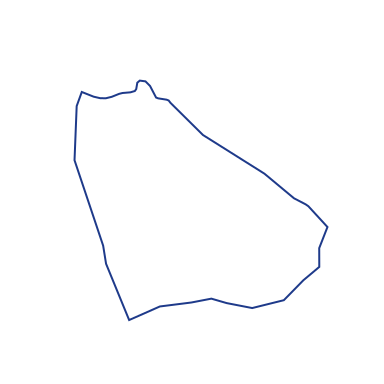 the border of Zinguldak, rotated 66°
{"feature_id": "TUR-3010", "entity_name": "Zinguldak", "entity_type": "Province", "adm_level": 1, "iso_a3": "TUR", "parent_name": "Turkey", "parent_adm1": "", "projection": "mercator", "projection_center": [31.729, 41.309], "detail": "fine", "context": "isolated", "style": "outline", "palette": "blue", "viewbox_px": 384, "rotation_deg": 66, "n_neighbors": 0, "source": "natural_earth", "source_scale": "10m", "svg_char_len": 633}
<svg xmlns="http://www.w3.org/2000/svg" viewBox="0 0 384 384"><g transform="rotate(66 192 192)"><path d="M55.8,252.0L64.9,243.1L68.9,237.8L71.3,232.7L72.4,226.6L72.7,218.6L73.3,215.2L75.9,207.7L76.5,203.2L75.3,201.1L69.9,197.5L69.0,194.4L72.0,189.5L78.1,187.2L91.1,186.4L92.7,184.8L97.3,177.7L98.9,176.1L101.8,175.4L144.4,158.8L204.7,118.4L239.2,101.4L249.5,93.2L252.3,91.5L279.1,82.5L295.0,98.6L312.2,106.2L317.9,126.1L328.2,152.1L322.5,184.2L307.6,205.5L297.3,217.7L292.7,237.5L283.5,267.9L283.4,301.5L222.6,299.7L204.9,295.0L184.1,293.0L115.2,286.4L66.6,262.4L55.8,252.0Z" fill="none" stroke="#1e3a8a" stroke-width="2"/></g></svg>